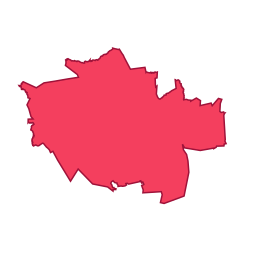 San Juan del Río, Durango, Mexico (Robinson projection), rotated 258°
{"feature_id": "50627088B83051794831634", "entity_name": "San Juan del Río", "entity_type": "district", "adm_level": 2, "iso_a3": "MEX", "parent_name": "Mexico", "parent_adm1": "Durango", "projection": "robinson", "projection_center": [-104.386, 24.795], "detail": "fine", "context": "isolated", "style": "filled", "palette": "rose", "viewbox_px": 256, "rotation_deg": 258, "n_neighbors": 0, "source": "geoboundaries", "source_scale": "gbopen_adm2", "svg_char_len": 5685}
<svg xmlns="http://www.w3.org/2000/svg" viewBox="0 0 256 256"><g transform="rotate(258 128 128)"><path d="M96.4,220.7L120.2,224.3L121.5,224.9L122.5,225.9L122.5,225.1L123.8,224.9L123.8,222.4L125.1,221.3L132.8,223.4L136.5,225.7L137.5,223.8L138.1,222.6L132.3,215.0L135.1,214.5L134.9,203.2L139.7,204.6L143.1,201.1L141.2,195.0L142.1,195.3L142.9,192.6L143.8,191.3L144.1,189.0L144.2,188.9L143.9,188.5L143.9,188.4L144.6,188.3L145.3,188.7L145.7,189.2L146.0,189.0L146.5,189.1L146.7,189.3L147.5,189.4L148.2,189.7L148.8,189.4L149.0,189.5L149.5,189.6L150.0,189.4L150.3,189.6L151.0,189.3L151.3,189.3L151.7,189.4L152.0,189.8L152.5,189.7L152.8,190.1L153.9,190.2L154.2,190.6L154.6,190.5L155.0,190.3L155.4,190.3L155.6,189.8L155.9,189.5L156.6,189.5L156.9,189.2L157.3,189.3L157.6,189.1L158.1,189.1L158.3,188.7L159.0,189.0L159.3,188.9L159.8,189.1L160.2,189.2L160.6,188.6L161.1,188.2L161.6,188.2L162.1,188.0L162.8,188.4L163.1,188.4L163.7,187.8L164.1,187.7L164.4,187.5L164.6,187.2L164.6,186.3L164.4,185.8L164.3,185.0L164.6,184.7L165.1,184.4L165.4,184.4L165.5,184.2L156.7,183.3L155.3,178.2L154.6,177.0L154.5,176.4L153.6,174.6L153.8,173.9L153.7,173.1L153.6,172.5L153.4,172.3L152.5,172.3L152.4,171.6L152.5,171.1L152.6,170.2L152.3,170.1L151.5,169.1L151.0,168.1L150.8,168.2L150.5,167.9L150.6,167.5L150.3,166.7L149.7,165.7L149.8,165.4L149.7,165.1L150.2,164.3L151.6,163.5L155.3,162.8L163.0,165.0L162.2,163.6L165.1,163.9L170.9,164.9L171.0,166.8L176.6,168.3L176.5,167.7L176.7,166.5L177.2,166.1L176.4,164.9L176.4,164.6L176.7,164.3L177.0,164.3L177.1,164.2L177.1,163.8L176.8,163.5L176.8,163.3L177.3,162.9L177.2,162.6L176.8,162.4L176.9,162.2L177.6,162.1L177.8,161.9L177.8,161.7L177.3,161.0L177.3,160.8L177.8,160.0L178.0,159.2L178.3,158.6L178.5,158.5L179.0,157.8L179.0,157.5L178.7,157.2L183.8,157.2L185.0,142.6L197.7,139.0L200.2,138.5L201.9,137.7L206.9,135.9L206.7,135.2L206.8,135.0L206.9,134.9L207.1,134.5L207.1,134.3L207.2,133.9L207.4,133.4L207.9,132.7L208.0,132.2L208.2,131.7L208.7,130.9L208.7,130.6L209.0,130.3L209.3,129.7L208.7,129.7L208.4,129.4L208.1,128.6L207.9,128.3L207.7,127.9L207.5,127.0L207.3,126.2L206.9,125.6L206.6,124.7L205.6,124.0L205.5,123.7L205.5,123.4L204.9,122.6L204.6,122.3L204.7,122.1L204.7,121.8L204.8,121.6L204.6,121.4L204.8,121.0L204.8,120.5L204.9,120.1L204.8,119.4L204.6,119.0L204.4,118.6L203.9,118.4L203.8,118.1L203.9,117.5L203.7,117.4L203.8,117.0L203.6,116.2L202.5,115.4L202.2,115.0L201.8,114.7L201.6,114.2L201.5,113.6L201.4,113.4L200.9,113.2L200.9,112.8L200.7,112.3L201.3,111.8L201.4,110.9L201.2,110.5L200.8,109.9L201.5,108.9L201.8,107.6L201.2,107.1L201.4,106.9L201.4,106.3L200.9,106.2L200.8,105.6L201.7,105.2L201.5,104.4L202.4,104.8L201.2,103.2L201.4,102.6L201.2,101.9L201.6,101.1L202.1,100.5L202.0,100.3L202.1,100.0L202.1,99.7L201.7,99.1L200.6,99.0L200.6,98.9L200.7,98.0L201.5,96.8L201.5,96.6L201.6,96.1L202.3,95.1L203.5,93.9L204.0,92.9L204.0,92.4L203.7,92.2L203.6,91.9L203.8,91.5L204.1,91.5L204.4,90.6L205.0,89.7L204.7,89.5L204.8,89.0L205.0,88.4L205.3,87.8L205.3,87.2L205.5,86.6L206.3,86.2L206.7,85.7L207.2,84.9L207.3,84.7L208.3,83.7L208.2,82.7L207.4,82.9L207.1,82.2L207.7,81.4L207.5,81.1L206.7,81.4L206.4,81.2L204.2,80.8L202.9,80.1L202.2,79.8L190.8,89.6L187.9,90.1L188.5,79.5L189.0,66.5L189.6,55.2L186.4,46.7L195.0,35.1L194.8,34.6L194.3,34.4L194.3,34.1L193.7,33.1L193.3,33.4L193.1,33.4L192.1,32.0L192.0,31.7L191.9,31.2L192.2,30.2L191.4,30.5L191.2,30.5L191.0,31.1L191.1,31.3L190.9,31.5L190.6,31.6L190.6,32.0L190.4,32.0L190.0,31.9L189.1,32.0L188.4,31.8L187.9,31.9L187.8,32.3L187.7,32.5L187.8,32.7L188.1,32.7L188.3,33.0L188.2,33.4L188.0,33.5L187.4,33.6L187.1,34.5L186.6,35.1L186.2,35.1L185.7,35.3L185.1,35.2L184.9,35.4L184.7,35.3L184.1,35.6L184.3,35.9L184.1,36.1L184.1,36.3L183.5,36.7L182.6,36.2L182.0,36.2L181.6,36.3L181.2,36.8L180.6,36.6L179.7,36.7L178.4,36.4L177.2,38.3L171.6,34.0L167.5,35.0L159.3,35.5L156.6,37.0L157.4,32.2L154.1,31.4L154.4,31.8L154.3,32.0L153.9,32.1L153.9,32.3L153.7,32.6L153.2,33.0L153.3,33.4L153.2,33.6L153.4,33.9L153.3,34.3L153.1,34.4L152.9,34.9L153.1,35.3L153.1,35.9L152.8,36.1L152.5,36.5L152.1,36.6L151.9,36.5L151.4,36.7L151.4,36.4L151.3,36.0L150.6,35.7L150.5,35.1L150.3,34.4L149.9,34.3L149.6,33.9L149.3,33.7L148.7,33.7L148.1,33.6L147.4,33.0L146.9,32.9L146.6,32.6L146.1,32.7L146.1,32.9L145.2,33.7L144.6,34.1L144.2,34.2L143.7,34.1L142.4,34.5L142.0,34.3L141.5,34.4L141.4,34.3L140.8,34.4L140.4,34.5L140.4,34.4L140.3,34.5L140.1,34.5L139.8,34.3L139.8,34.1L139.5,33.9L139.4,33.6L139.2,33.4L139.1,33.5L139.1,33.4L138.9,33.3L138.7,33.0L138.4,33.0L138.2,32.8L137.7,32.7L137.6,32.4L137.2,31.9L136.7,31.7L136.4,31.8L135.8,31.4L135.2,31.6L135.0,31.4L134.8,31.5L134.4,31.3L134.3,31.5L134.1,31.5L133.9,31.8L133.5,31.6L133.4,31.7L133.2,31.6L133.1,31.3L132.8,31.1L132.1,31.1L131.7,31.3L131.2,31.3L131.0,31.6L130.7,31.4L130.6,31.6L130.1,31.8L130.6,34.3L129.4,35.7L129.2,37.0L130.9,41.1L130.5,42.1L126.2,44.3L125.3,45.1L123.1,46.5L120.1,47.1L120.8,49.7L111.2,52.5L87.9,60.7L98.2,70.7L80.6,81.8L74.6,95.8L69.4,100.2L70.7,100.6L70.5,102.8L70.4,102.9L70.3,103.2L70.7,103.4L71.0,102.6L71.3,103.0L71.5,102.3L71.9,102.0L72.7,101.8L72.7,101.2L73.0,100.6L76.0,100.3L77.3,99.6L78.3,100.2L78.9,100.8L79.5,102.4L77.4,103.6L76.3,105.9L75.4,105.7L74.0,106.4L72.9,106.1L72.7,109.3L72.3,110.0L72.1,110.8L72.0,113.1L72.6,114.7L74.1,114.4L74.1,115.7L73.0,117.0L73.1,128.9L73.7,128.8L73.7,129.5L72.4,129.6L71.4,130.0L72.2,130.6L71.9,131.4L70.5,131.4L70.2,131.7L69.4,131.7L68.9,129.4L64.3,130.0L61.5,129.1L58.8,147.3L55.6,147.6L48.3,144.2L46.7,147.6L49.8,168.7L72.0,178.3L83.3,179.8L89.9,179.8L95.1,177.7L100.8,177.9L96.8,179.2L91.0,194.0L90.5,207.8L90.0,207.7L90.8,210.2L91.8,210.9L90.5,218.1L92.3,218.8L92.3,220.7L95.1,220.1L96.4,220.7Z" fill="#f43f5e" stroke="#9f1239" stroke-width="1.5"/></g></svg>